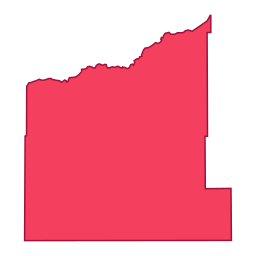 the district of Haakon, South Dakota, United States of America
{"feature_id": "52423323B12436864135632", "entity_name": "Haakon", "entity_type": "district", "adm_level": 2, "iso_a3": "USA", "parent_name": "United States of America", "parent_adm1": "South Dakota", "projection": "orthographic", "projection_center": [-101.585, 44.371], "detail": "fine", "context": "isolated", "style": "filled", "palette": "rose", "viewbox_px": 256, "rotation_deg": 0, "n_neighbors": 0, "source": "geoboundaries", "source_scale": "gbopen_adm2", "svg_char_len": 1253}
<svg xmlns="http://www.w3.org/2000/svg" viewBox="0 0 256 256"><path d="M227.7,240.4L231.4,240.4L231.0,188.4L205.3,188.7L205.0,136.3L207.5,136.3L207.1,32.5L210.8,32.5L210.8,15.4L210.2,15.4L207.2,20.9L192.2,31.3L188.3,30.0L185.5,30.7L182.9,32.7L177.3,32.8L174.9,34.2L170.6,34.2L169.2,32.4L165.1,33.3L163.6,35.7L162.7,37.9L161.4,37.5L160.8,39.4L161.7,40.2L160.3,42.2L158.1,43.5L155.5,42.6L153.0,44.8L149.1,47.4L144.9,48.2L143.4,50.3L141.6,54.8L141.8,56.3L139.6,56.9L138.9,58.7L136.4,59.0L134.1,60.7L134.7,62.4L133.6,65.2L132.4,64.1L130.6,64.8L129.5,67.3L128.1,68.5L126.4,68.4L125.4,67.5L123.7,67.3L122.5,66.9L122.0,68.2L120.4,67.6L117.9,66.2L114.8,67.3L112.1,66.8L109.2,67.9L107.2,67.7L106.5,65.9L106.3,64.6L104.5,64.4L103.0,65.3L101.1,64.7L99.1,63.8L96.4,65.3L95.1,67.9L93.1,67.9L92.0,67.1L89.7,66.3L87.5,66.8L86.3,68.7L83.8,69.2L81.6,69.2L81.6,71.7L78.7,74.9L75.3,77.2L72.9,77.3L69.4,77.7L68.4,79.7L68.5,81.0L66.6,82.1L66.6,81.0L64.6,80.0L62.9,81.4L61.3,82.3L60.4,81.3L59.2,80.7L56.5,80.3L54.1,79.8L52.4,79.6L51.4,78.6L49.9,78.4L48.1,78.8L45.7,79.6L43.6,80.3L41.1,80.0L39.2,79.3L35.7,80.9L33.1,81.6L31.3,82.5L29.0,82.7L27.1,85.8L26.9,85.9L26.7,86.1L26.5,135.6L25.1,136.1L24.6,240.6L227.7,240.4Z" fill="#f43f5e" stroke="#9f1239" stroke-width="1.5"/></svg>